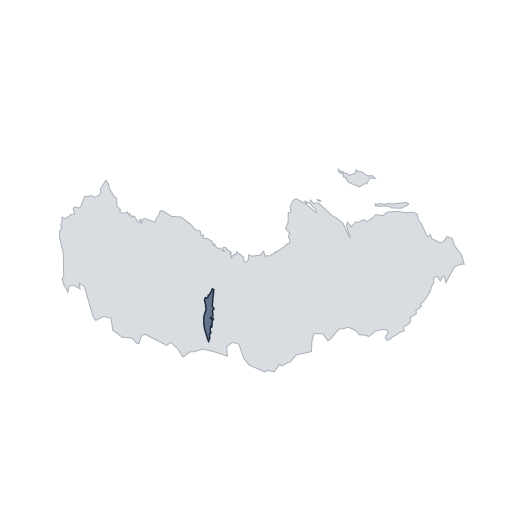 location of Dorotea, Västerbotten, Sweden, rotated 244°
{"feature_id": "70781695B84383625110676", "entity_name": "Dorotea", "entity_type": "district", "adm_level": 2, "iso_a3": "SWE", "parent_name": "Sweden", "parent_adm1": "Västerbotten", "projection": "robinson", "projection_center": [15.922, 64.466], "detail": "fine", "context": "in_parent", "style": "filled", "palette": "slate", "viewbox_px": 512, "rotation_deg": 244, "n_neighbors": 0, "source": "geoboundaries", "source_scale": "gbopen_adm2", "svg_char_len": 5435}
<svg xmlns="http://www.w3.org/2000/svg" viewBox="0 0 512 512"><g transform="rotate(244 256 256)"><path d="M127.3,337.7L129.0,341.3L132.7,340.8L134.3,338.2L136.3,330.6L134.1,322.1L137.4,319.2L139.6,314.5L144.7,313.1L151.6,307.8L152.4,302.4L154.0,298.5L148.6,286.5L148.2,283.5L156.9,282.0L160.8,274.0L154.9,268.9L145.8,264.0L149.4,248.7L145.7,240.4L146.3,236.9L145.8,231.6L148.1,229.4L143.9,221.5L148.4,216.0L147.7,213.2L160.7,202.3L169.1,200.2L184.5,201.9L188.3,197.6L188.5,195.2L187.1,189.7L178.5,186.5L188.1,176.6L195.6,167.4L197.1,158.4L198.8,154.6L197.1,145.9L207.0,144.9L215.9,141.4L214.7,136.6L234.2,122.0L234.8,119.4L233.3,116.9L228.7,112.4L230.0,110.3L235.2,109.1L237.7,107.1L241.6,100.2L252.1,94.8L263.7,98.4L268.7,92.3L268.3,83.8L272.5,82.9L303.6,88.3L308.8,85.1L303.5,83.5L308.6,80.1L310.1,78.0L310.5,75.5L310.3,74.2L305.9,71.1L315.7,70.7L321.0,72.1L321.5,74.0L343.0,84.0L359.9,88.0L364.8,90.8L366.7,94.0L369.3,94.1L372.6,97.1L375.9,98.7L373.3,100.7L373.6,105.4L374.6,107.5L373.1,111.5L378.7,112.4L379.6,114.9L376.9,117.3L377.3,120.0L384.8,128.3L383.1,131.0L382.7,134.3L379.6,136.8L379.3,139.4L380.0,142.7L381.1,144.3L384.3,145.4L389.9,154.3L384.6,154.9L380.5,153.7L371.2,154.8L368.9,156.1L361.5,152.6L357.5,154.6L354.6,152.8L352.5,155.7L352.0,159.7L348.6,159.3L349.9,160.9L345.4,161.4L345.1,162.0L346.1,163.0L344.7,164.2L338.4,164.6L337.6,165.9L339.5,167.4L339.5,168.4L335.4,166.9L338.3,169.8L338.9,171.9L330.5,180.3L333.4,182.6L336.0,187.5L338.6,189.7L337.6,192.0L328.7,197.4L323.8,205.8L312.6,211.4L306.6,212.8L302.8,216.8L298.3,215.6L298.2,217.9L295.2,216.4L292.9,220.0L288.8,222.9L284.3,222.4L283.8,222.9L285.2,223.8L280.0,224.5L278.5,227.6L274.7,228.5L274.1,229.5L278.0,229.7L277.2,232.2L272.8,233.5L271.2,235.1L269.2,235.0L269.6,233.8L266.6,233.9L265.7,232.4L265.2,232.8L267.2,236.9L265.7,238.6L268.5,240.2L260.5,244.3L255.6,242.7L254.9,243.9L256.0,247.4L260.3,250.2L257.7,252.0L255.0,260.1L257.0,265.0L251.3,263.9L251.7,265.8L250.0,268.0L250.7,271.2L250.2,273.2L251.5,275.1L250.8,276.0L251.7,284.9L253.3,288.7L252.7,291.7L255.1,293.3L260.0,293.7L261.5,296.2L267.7,294.7L272.2,299.6L280.6,303.8L280.2,306.5L285.6,308.5L288.8,312.3L290.1,315.5L289.7,317.5L281.4,322.9L275.0,326.5L268.4,328.7L268.7,329.5L272.0,329.9L280.0,327.3L282.4,329.6L278.0,330.6L277.2,333.7L275.4,335.7L257.7,342.7L255.3,344.9L247.4,348.5L233.1,348.2L231.0,349.0L243.3,350.4L246.3,353.0L240.4,354.6L243.0,360.8L241.5,362.3L241.4,369.1L239.3,369.3L238.4,372.1L239.5,379.0L240.6,380.9L240.1,382.8L236.7,387.5L237.9,393.0L234.0,403.1L229.7,408.9L226.3,416.7L222.6,419.5L218.2,417.8L211.5,418.8L199.5,418.4L198.0,419.2L198.9,422.1L194.6,421.6L186.9,427.7L186.6,430.6L189.7,436.2L185.9,439.9L177.8,439.0L167.0,441.3L157.3,439.5L158.6,437.5L159.5,430.1L148.7,414.8L153.9,416.4L156.0,415.6L152.9,410.6L157.3,410.3L158.7,408.5L158.0,405.6L154.4,404.4L151.3,399.9L148.1,397.5L142.4,388.5L140.4,382.4L138.4,382.9L136.8,375.8L133.7,374.8L133.2,367.6L129.9,366.8L127.8,363.5L127.6,357.3L123.7,356.5L124.3,353.5L123.3,342.5L122.1,339.1L123.2,336.6L125.4,336.3L127.3,337.7ZM293.1,371.4L291.3,372.1L290.3,374.1L287.5,375.1L287.1,381.3L289.7,383.7L287.1,384.8L285.3,388.1L280.4,390.3L278.5,392.5L277.5,395.5L273.3,397.1L276.3,392.6L272.3,387.3L273.3,385.4L272.8,379.3L281.4,371.6L285.4,370.7L287.2,371.5L288.0,369.6L289.3,369.2L293.1,371.4ZM238.0,414.8L235.9,416.1L235.2,414.3L235.4,407.0L240.2,398.4L242.3,397.7L248.1,386.0L248.7,385.2L250.7,385.9L249.3,387.0L249.4,389.1L245.7,395.3L244.7,399.4L243.4,400.4L238.0,414.8ZM294.8,369.0L294.4,370.8L292.3,369.3L294.3,367.4L298.6,367.9L294.8,369.0ZM284.0,323.7L281.3,326.5L280.8,325.3L281.3,324.0L284.0,323.7ZM278.2,337.9L276.8,338.1L277.8,336.3L279.7,335.8L278.2,337.9Z" fill="#d9dde1" stroke="#a8b0b8" stroke-width="1"/><path d="M244.3,203.4L245.0,202.8L245.5,202.3L245.6,201.9L245.2,201.7L244.9,201.4L244.5,201.1L243.7,200.5L243.4,199.9L243.2,199.2L242.5,198.6L242.3,198.1L241.9,197.5L241.7,196.9L241.4,196.5L241.2,196.1L241.5,195.8L241.1,195.5L240.7,195.3L240.1,194.8L240.0,194.4L240.0,193.7L240.0,193.1L240.6,192.7L240.7,192.3L240.3,191.8L239.6,190.8L239.1,190.5L238.3,190.2L237.6,190.0L237.0,189.9L236.2,189.8L235.6,189.6L234.2,189.5L233.6,189.0L232.8,188.7L231.4,188.1L230.2,187.7L228.9,187.1L228.5,186.4L227.9,185.6L226.5,184.5L225.6,183.5L224.0,182.4L221.6,181.1L219.4,180.1L217.2,179.1L216.3,178.7L214.0,178.2L212.5,177.8L211.0,177.5L208.3,177.1L206.8,176.8L205.0,176.5L203.1,176.2L201.1,176.0L199.9,175.9L200.0,176.1L200.8,176.6L201.3,177.2L201.7,177.7L202.5,178.4L203.1,178.8L203.9,179.0L204.9,179.4L205.8,179.9L206.1,180.2L206.4,180.7L206.6,181.2L206.7,181.8L207.0,182.0L208.0,182.1L208.7,182.1L209.5,182.4L210.4,182.8L211.0,183.3L211.6,183.8L212.2,184.0L212.7,184.1L212.9,184.7L212.1,184.8L211.5,185.0L211.7,185.5L212.5,185.6L212.9,185.7L213.2,186.1L213.5,186.5L214.0,186.6L214.8,186.7L214.9,187.1L215.2,187.3L215.7,187.5L216.4,187.8L216.8,188.1L217.0,188.8L217.5,189.3L217.8,190.0L218.2,190.2L218.7,190.2L219.1,189.7L218.9,188.6L219.2,188.1L220.0,187.8L220.4,187.9L220.5,188.4L220.5,189.3L220.8,189.8L221.0,190.6L221.2,191.2L221.8,191.4L222.7,191.7L223.3,191.9L224.2,192.3L225.1,192.6L225.8,192.8L226.4,193.2L226.7,194.1L226.7,194.9L227.0,195.2L227.6,195.2L228.5,195.0L229.1,194.8L230.3,194.9L231.0,195.1L232.2,195.9L234.2,197.2L236.5,198.4L239.3,200.3L240.6,201.0L241.2,201.5L241.8,201.8L242.8,202.4L243.6,202.9L244.0,203.2L244.3,203.4Z" fill="#64748b" stroke="#1e293b" stroke-width="1.5"/></g></svg>